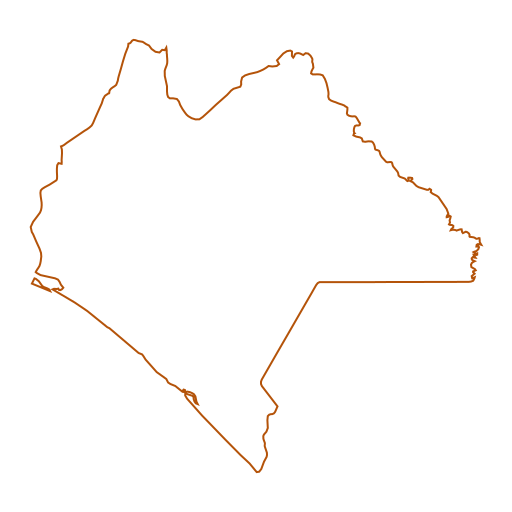 the State of Chiapas
{"feature_id": "MEX-2735", "entity_name": "Chiapas", "entity_type": "State", "adm_level": 1, "iso_a3": "MEX", "parent_name": "Mexico", "parent_adm1": "", "projection": "mercator", "projection_center": [-92.17, 16.27], "detail": "fine", "context": "isolated", "style": "outline", "palette": "amber", "viewbox_px": 512, "rotation_deg": 0, "n_neighbors": 0, "source": "natural_earth", "source_scale": "10m", "svg_char_len": 5908}
<svg xmlns="http://www.w3.org/2000/svg" viewBox="0 0 512 512"><path d="M354.6,133.2L354.0,133.4L353.4,135.3L356.2,136.6L360.0,137.4L361.8,138.4L362.8,141.4L365.2,141.8L368.4,141.3L371.7,141.5L373.0,142.6L374.1,144.6L374.8,146.9L375.0,148.8L375.5,149.6L377.9,150.3L379.1,150.9L379.6,151.8L380.2,154.1L380.7,155.3L381.8,157.1L386.1,161.8L387.3,162.3L390.2,162.0L391.5,162.2L392.1,163.0L392.7,165.4L393.2,166.5L397.4,171.6L398.1,173.0L398.6,175.6L400.1,176.9L404.7,178.5L405.4,179.1L406.9,180.7L407.5,181.1L408.7,180.6L408.6,179.4L408.1,178.3L408.3,177.7L410.4,177.7L412.1,178.0L412.4,179.0L410.4,181.1L412.9,182.3L416.4,185.9L418.6,187.2L426.9,189.8L428.3,189.8L429.5,188.8L431.1,189.8L431.1,190.6L430.7,192.1L432.5,193.6L436.8,195.8L438.5,197.1L446.6,209.0L448.3,213.5L446.7,216.4L446.7,217.2L447.7,217.0L448.3,216.8L448.8,216.4L449.1,215.5L450.7,216.5L450.3,218.3L449.6,220.4L450.0,222.5L449.0,224.4L450.0,224.9L451.9,225.0L453.3,225.8L453.3,227.1L452.5,228.1L451.4,229.0L450.8,230.2L452.3,229.8L454.2,229.8L455.9,230.2L456.6,230.6L457.3,230.3L460.4,229.3L461.6,229.3L462.1,232.0L462.9,233.1L465.8,231.7L467.1,232.1L468.2,232.9L469.0,233.6L469.6,235.0L469.4,236.1L469.7,236.8L473.5,237.3L474.8,237.8L475.6,238.4L476.4,238.8L477.7,238.6L478.8,238.1L479.5,238.2L479.7,240.0L479.7,241.7L479.9,242.4L481.3,244.8L479.4,244.2L477.8,244.1L476.7,244.8L476.4,246.5L477.2,246.5L477.2,245.6L478.0,245.6L479.0,247.2L478.3,249.2L476.5,251.0L474.3,251.7L473.5,252.1L474.7,253.0L476.4,253.7L477.2,253.4L477.2,254.7L476.4,255.0L475.4,254.7L474.7,254.2L474.6,254.6L474.6,254.9L474.4,255.1L473.9,255.0L474.3,255.7L475.1,257.1L475.5,257.7L474.0,257.5L473.6,257.3L473.1,256.8L471.7,258.3L471.9,259.6L473.1,260.5L474.7,261.2L473.3,261.9L471.8,263.0L471.0,264.7L471.4,267.1L474.9,269.1L475.7,270.3L473.1,271.4L473.1,272.2L474.6,273.7L471.7,276.1L472.2,278.3L473.1,278.3L473.5,277.8L473.7,277.7L474.0,277.6L474.7,277.3L474.4,278.4L473.5,280.2L473.1,280.8L470.9,281.6L468.5,281.9L457.7,281.9L408.0,282.0L391.4,282.0L374.8,282.1L341.7,282.1L319.6,282.1L317.7,283.1L316.2,285.0L313.5,289.7L311.3,293.6L305.4,303.8L297.1,318.2L287.6,334.7L278.1,351.1L261.8,379.5L261.0,381.7L261.0,384.0L261.9,386.1L277.5,406.4L275.1,411.9L273.9,413.4L272.3,414.1L270.7,414.2L269.2,414.7L267.8,416.1L267.4,420.2L267.8,428.0L266.4,431.7L263.9,434.6L263.3,436.1L263.4,438.7L263.7,439.8L264.8,442.8L264.9,443.8L264.7,445.6L264.8,446.5L266.9,452.7L267.0,455.0L266.6,456.9L264.0,461.7L261.3,469.0L259.2,471.7L256.7,472.1L256.2,471.5L249.6,463.5L240.4,454.9L225.3,439.6L202.2,415.7L187.1,398.7L185.2,395.5L185.3,392.9L187.2,394.1L192.4,395.8L193.5,396.9L193.7,399.2L194.5,401.5L195.8,403.3L197.7,404.1L196.4,401.5L195.4,396.4L193.9,394.2L192.3,393.2L189.8,392.1L187.2,391.6L185.3,392.1L184.9,390.0L183.6,389.6L182.9,390.5L184.5,392.1L182.5,391.8L175.3,386.0L170.4,384.0L168.1,382.5L166.3,379.0L156.7,372.1L145.6,359.6L143.4,356.1L142.1,354.4L138.6,353.0L109.4,328.2L107.3,327.2L87.1,310.9L74.7,302.5L52.6,289.4L54.0,288.8L56.9,289.0L58.3,288.6L59.1,290.0L60.4,290.1L62.0,289.2L63.3,287.7L60.9,284.7L59.6,281.9L58.0,279.6L55.0,278.3L40.6,275.1L36.9,273.1L35.7,272.1L36.4,270.8L37.4,269.2L38.5,267.6L39.5,265.9L40.2,263.7L40.7,261.3L41.0,258.9L41.3,256.5L41.0,252.9L39.5,248.6L37.6,244.5L36.1,241.2L34.1,236.5L33.1,234.2L31.8,232.0L30.7,227.0L33.1,221.8L36.9,216.8L40.0,212.6L41.0,210.2L41.5,207.7L41.7,205.1L41.6,202.5L41.2,199.8L40.7,196.3L40.4,192.9L40.8,190.4L42.3,188.8L44.8,187.2L47.4,185.8L49.5,184.7L56.4,180.3L57.0,178.9L57.1,176.3L56.9,171.9L56.9,168.6L57.2,165.2L58.5,163.1L61.6,163.8L61.7,162.9L61.7,162.0L61.7,161.0L61.6,160.2L61.8,156.8L62.0,153.2L61.9,149.6L61.0,146.4L62.6,145.8L64.0,145.0L66.9,142.8L84.5,130.8L87.0,129.3L89.5,127.5L91.7,125.5L93.1,123.0L95.2,118.0L98.4,110.8L100.0,107.2L101.7,103.5L102.7,100.4L103.2,98.7L103.8,97.9L104.5,96.5L105.2,95.6L107.3,94.2L107.8,93.8L108.4,93.4L108.9,93.4L109.2,93.1L109.5,90.9L109.8,90.2L111.0,88.7L112.7,87.4L114.6,86.2L116.2,84.9L116.9,83.1L117.8,80.7L118.2,78.3L118.7,76.3L120.9,68.8L123.0,61.2L125.3,53.7L128.1,46.5L128.4,43.7L129.8,43.3L130.6,42.7L132.1,40.7L133.5,39.9L135.2,40.1L138.2,41.1L142.5,41.8L143.6,42.4L146.1,44.1L149.0,45.5L151.6,49.0L155.5,51.8L159.5,52.5L162.2,49.8L164.8,50.2L166.3,47.6L166.6,49.8L166.7,50.6L166.7,53.2L166.9,54.1L167.0,56.4L167.2,58.7L167.3,61.0L167.2,63.2L166.7,65.2L166.0,67.0L165.3,68.8L164.7,70.9L164.8,76.0L165.9,81.1L167.0,86.2L167.0,91.4L167.3,94.6L168.1,97.0L169.8,98.3L172.9,98.3L176.9,99.0L178.9,101.5L180.2,105.0L182.4,108.9L183.7,110.8L185.1,112.8L186.6,114.7L188.3,116.2L191.7,118.2L195.5,119.4L199.4,119.3L202.7,117.0L203.6,116.2L204.1,115.7L204.6,115.3L210.1,110.3L211.9,108.6L215.5,105.2L216.7,104.1L227.0,95.0L229.0,92.9L231.1,90.6L233.5,88.8L236.1,88.0L240.3,86.7L241.2,84.5L241.1,81.5L242.1,77.5L245.1,75.4L249.2,74.0L253.6,73.0L257.3,72.1L260.3,70.9L263.3,69.5L266.1,67.8L268.6,66.0L272.3,66.5L276.7,66.0L279.1,64.1L277.0,60.3L280.1,57.0L283.3,53.5L286.9,51.2L289.6,50.7L290.4,50.6L292.0,51.5L291.9,55.9L293.2,57.6L294.1,56.4L294.6,55.1L295.2,54.0L296.6,53.3L298.4,53.1L300.1,53.5L303.2,55.0L305.6,53.2L308.2,53.6L310.5,55.7L312.2,58.5L312.4,59.4L312.2,61.8L312.4,62.6L312.7,63.2L312.9,63.8L313.4,67.7L312.7,68.9L311.5,71.3L311.1,73.4L312.7,74.4L315.2,74.4L317.7,74.3L320.2,74.5L322.7,75.3L324.9,78.9L326.5,83.2L327.6,87.8L328.4,91.9L328.5,93.4L328.5,94.6L328.3,95.7L328.3,97.0L329.1,99.2L331.1,100.6L333.6,101.6L335.8,102.3L336.6,102.7L337.0,102.8L337.4,103.0L339.5,103.8L342.1,104.6L344.5,105.6L345.3,106.4L346.4,106.9L347.4,107.7L347.4,109.6L346.9,113.4L347.4,114.7L348.9,115.7L350.7,116.2L352.2,116.4L354.8,116.3L355.7,116.7L356.8,118.1L359.6,122.9L360.1,123.3L359.6,125.1L358.3,125.5L356.6,125.4L355.1,125.9L354.4,127.1L353.9,129.1L353.8,131.2L354.2,132.8L354.6,133.2ZM34.5,278.4L35.9,278.9L38.9,281.3L42.1,285.8L43.5,286.9L47.5,288.5L49.3,289.5L50.1,291.1L31.9,283.6L34.5,278.4Z" fill="none" stroke="#b45309" stroke-width="2"/></svg>